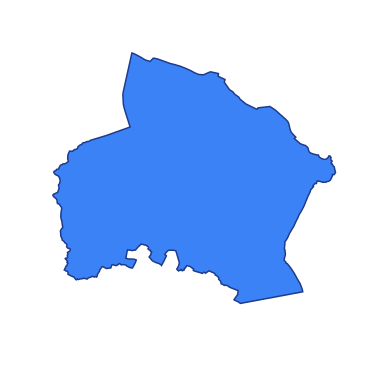 the district of Nong Saeng, Saraburi, Thailand, rotated 289°
{"feature_id": "78962969B44780208263164", "entity_name": "Nong Saeng", "entity_type": "district", "adm_level": 2, "iso_a3": "THA", "parent_name": "Thailand", "parent_adm1": "Saraburi", "projection": "natural_earth1", "projection_center": [100.788, 14.482], "detail": "fine", "context": "isolated", "style": "filled", "palette": "blue", "viewbox_px": 384, "rotation_deg": 289, "n_neighbors": 0, "source": "geoboundaries", "source_scale": "gbopen_adm2", "svg_char_len": 5865}
<svg xmlns="http://www.w3.org/2000/svg" viewBox="0 0 384 384"><g transform="rotate(289 192 192)"><path d="M303.9,89.9L264.1,94.4L261.4,95.0L254.6,97.7L252.1,98.8L250.0,100.1L247.1,102.1L233.3,112.3L217.6,92.7L207.7,79.0L207.0,78.7L206.3,78.0L205.1,75.6L204.1,75.0L203.1,73.0L202.2,72.4L201.1,72.3L199.8,70.7L198.0,69.6L197.5,69.4L196.5,69.6L196.2,69.6L194.3,68.3L194.1,67.4L193.8,67.1L192.5,66.1L191.8,66.0L191.6,65.8L191.3,64.8L191.1,63.5L190.9,63.1L190.6,62.9L188.0,62.6L186.3,62.7L182.7,63.7L181.1,65.0L180.8,65.2L180.5,65.2L179.6,64.4L178.5,63.8L177.5,62.9L177.1,62.2L176.6,60.9L175.5,60.1L174.9,59.3L174.3,58.8L171.7,58.4L170.2,58.4L170.0,58.1L169.4,56.7L168.0,56.2L166.8,55.0L166.0,54.8L165.5,55.0L165.0,55.6L164.2,56.7L163.9,57.9L163.6,60.5L163.4,60.8L162.3,62.0L160.1,63.5L159.3,63.8L156.8,64.0L156.3,63.9L155.6,63.5L155.1,63.5L154.8,63.6L153.3,64.6L152.5,65.0L150.3,65.1L148.5,65.1L147.9,64.9L147.3,64.5L146.0,63.0L144.9,61.9L144.2,61.5L143.7,61.5L143.2,61.9L142.5,62.8L142.3,63.2L141.7,65.3L140.6,66.8L139.6,67.4L138.6,67.7L137.3,68.6L137.2,68.9L137.3,70.2L137.2,70.8L136.3,71.6L135.2,73.3L134.6,74.0L132.6,74.4L129.6,74.9L128.0,75.4L126.1,75.8L125.1,76.5L123.9,77.0L122.3,78.3L117.7,80.6L116.5,81.4L116.2,81.4L115.0,80.7L112.4,80.2L111.7,80.5L110.2,81.3L108.0,82.1L106.7,83.1L105.6,84.2L104.3,84.9L103.7,86.9L102.7,88.2L102.4,88.9L102.0,90.4L101.8,90.7L101.1,91.0L99.5,91.3L99.1,91.6L98.4,93.1L98.4,93.5L98.6,94.2L98.7,94.6L98.5,95.3L98.2,95.6L97.6,95.8L96.4,95.5L95.5,95.0L94.6,94.1L94.3,93.9L93.3,94.7L91.6,94.7L90.2,95.4L89.4,95.6L89.1,95.5L88.9,95.3L88.5,94.3L87.8,93.8L87.2,94.5L87.0,95.2L86.8,95.4L86.5,96.5L86.1,96.7L84.9,96.6L84.8,97.4L84.3,97.8L84.1,97.8L83.2,97.5L82.1,97.7L80.5,96.9L79.5,97.0L79.1,96.9L76.7,96.6L76.6,97.5L76.3,98.3L76.4,100.1L75.6,100.9L74.4,101.4L73.8,101.5L73.6,103.3L73.3,104.2L73.3,105.8L73.1,107.1L73.3,107.6L73.2,107.9L72.0,109.9L71.4,110.4L71.4,111.4L72.5,112.0L72.2,112.7L72.3,113.1L73.5,114.8L74.4,116.8L75.1,117.1L75.6,121.3L75.9,121.5L77.0,121.8L77.8,123.0L78.8,124.3L79.8,125.1L79.8,127.3L79.9,127.5L80.5,127.8L80.5,129.5L81.2,129.7L83.8,129.5L86.7,130.3L89.0,130.3L92.4,131.5L92.4,132.0L91.8,135.6L91.8,136.0L93.8,140.0L95.0,139.9L97.4,140.1L97.6,142.8L97.5,143.8L98.5,145.2L100.6,146.4L100.7,147.6L100.3,147.8L100.1,148.7L100.2,149.2L100.8,150.1L101.4,153.0L101.3,153.4L100.8,154.3L100.3,157.6L100.5,159.7L100.8,160.5L105.8,161.3L108.1,161.5L109.6,161.4L109.6,159.0L108.8,156.3L108.5,155.0L107.9,153.7L108.0,150.8L108.8,150.9L115.2,149.9L116.4,149.9L116.4,151.2L116.9,152.2L117.0,152.7L117.0,153.4L117.2,154.8L118.1,156.0L118.6,157.4L123.2,159.2L123.8,159.8L126.1,160.7L126.2,160.9L126.7,166.6L126.2,167.2L126.0,168.4L125.8,168.6L124.9,169.2L124.0,168.9L123.6,169.2L123.3,170.5L123.5,170.8L123.3,171.7L122.6,171.8L122.3,173.3L121.9,173.4L120.8,173.1L119.5,173.5L116.6,172.6L114.3,176.4L114.0,177.3L113.8,178.6L113.5,181.0L113.6,184.1L113.4,185.2L113.2,185.5L113.1,186.2L112.6,187.1L118.1,188.0L123.3,188.6L123.5,188.4L123.9,186.8L124.0,186.7L125.0,186.8L127.0,187.5L127.8,187.8L129.3,188.9L130.9,193.5L131.1,195.8L131.0,196.0L121.1,203.0L119.0,203.3L116.8,203.2L114.1,202.7L113.3,204.0L113.3,204.7L113.0,205.0L113.7,205.6L114.2,206.5L115.1,206.6L115.2,207.5L114.3,208.3L115.5,209.9L115.8,210.0L116.3,209.7L117.3,209.7L117.3,210.1L117.9,210.3L118.3,210.5L120.7,211.0L120.8,212.6L121.0,214.1L120.7,215.2L119.8,218.1L119.7,218.6L118.3,218.7L118.2,218.8L118.1,220.6L118.4,226.4L118.3,228.1L120.1,229.5L119.6,231.2L123.0,233.7L122.5,239.6L122.2,240.2L121.9,240.5L121.0,241.1L121.1,241.9L121.0,242.3L119.8,245.1L119.6,245.2L118.2,245.6L116.8,248.3L114.8,249.4L114.6,249.6L114.7,251.1L114.2,252.8L114.6,253.1L114.6,253.9L115.1,255.8L114.2,258.4L114.0,262.2L114.0,264.1L113.8,265.7L113.9,267.5L111.8,268.2L109.7,268.5L104.1,266.8L103.8,266.8L103.6,267.1L103.2,271.7L102.4,274.0L133.7,329.2L135.5,328.2L137.3,326.8L140.7,323.9L143.8,320.2L148.1,315.5L150.9,312.0L152.7,309.5L155.3,305.4L155.5,303.7L156.2,303.5L156.5,303.3L157.1,301.8L158.0,301.1L163.0,300.7L164.2,300.3L167.9,298.5L168.0,298.0L168.3,297.8L173.3,296.7L174.9,296.1L175.9,296.3L177.6,296.8L180.1,297.3L184.2,297.6L187.8,298.3L192.7,299.4L197.3,299.8L202.4,300.5L205.7,300.7L208.5,301.4L214.6,302.4L225.0,303.0L231.0,303.7L231.7,303.5L232.5,303.5L236.5,305.1L236.8,304.4L237.0,304.3L240.0,305.4L240.1,305.5L240.3,306.7L240.5,306.8L243.2,306.8L243.6,308.8L243.6,310.0L243.9,311.7L243.7,312.5L245.1,315.8L245.8,316.1L246.4,317.4L246.8,317.9L247.9,318.7L249.0,319.1L252.9,319.5L254.4,319.1L254.5,319.3L254.5,320.4L254.6,320.7L255.2,320.9L257.1,321.4L262.0,318.3L262.3,317.9L262.9,316.5L263.7,315.9L264.1,315.5L264.2,315.1L264.1,314.4L264.2,314.2L265.1,314.1L265.7,314.2L266.4,314.5L266.9,314.4L267.2,313.3L267.4,313.1L268.0,312.8L268.6,312.3L269.8,312.3L270.1,312.1L270.3,311.5L270.8,311.1L270.9,310.7L270.9,310.3L270.6,309.6L269.0,309.5L267.5,308.7L266.6,307.9L266.4,307.5L266.0,306.8L265.8,305.7L265.9,303.2L266.2,301.7L266.8,300.7L267.2,300.2L267.4,300.0L268.1,299.6L267.8,298.4L267.4,294.4L267.5,291.3L267.8,290.4L268.1,289.8L268.4,289.4L271.5,287.2L271.9,286.8L272.9,284.1L272.8,282.2L272.9,279.0L273.1,278.2L275.9,271.3L277.6,272.3L279.4,268.8L280.6,266.7L281.3,265.9L283.4,264.2L287.9,261.4L289.4,260.1L289.9,259.4L291.3,256.8L294.2,249.7L296.5,244.4L297.1,242.3L298.2,237.8L293.2,227.3L293.0,227.0L291.4,226.5L291.3,226.3L292.8,214.3L295.3,207.4L296.9,205.4L298.4,200.4L300.0,198.0L300.4,196.5L300.6,195.3L301.0,194.3L301.5,193.4L306.2,186.9L306.5,186.8L309.1,186.6L309.9,179.0L312.4,178.6L312.6,178.4L311.7,170.5L311.4,170.0L306.6,164.7L306.3,163.9L305.3,159.8L305.6,155.5L306.3,151.5L306.8,146.4L307.0,141.9L307.1,139.8L306.8,133.6L306.4,129.2L306.6,117.0L306.4,114.0L305.9,111.8L301.7,109.8L301.8,108.0L301.7,106.9L301.6,105.7L301.9,103.4L302.7,100.0L303.6,94.5L303.9,91.9L303.9,89.9Z" fill="#3b82f6" stroke="#1e3a8a" stroke-width="1.5"/></g></svg>